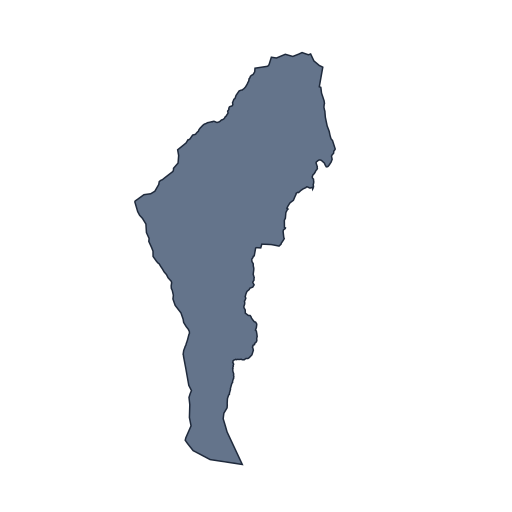 outline of San Jerónimo Tecóatl, Oaxaca, Mexico, rotated 312°
{"feature_id": "50627088B30951925299861", "entity_name": "San Jerónimo Tecóatl", "entity_type": "district", "adm_level": 2, "iso_a3": "MEX", "parent_name": "Mexico", "parent_adm1": "Oaxaca", "projection": "orthographic", "projection_center": [-96.928, 18.146], "detail": "fine", "context": "isolated", "style": "filled", "palette": "slate", "viewbox_px": 512, "rotation_deg": 312, "n_neighbors": 0, "source": "geoboundaries", "source_scale": "gbopen_adm2", "svg_char_len": 5598}
<svg xmlns="http://www.w3.org/2000/svg" viewBox="0 0 512 512"><g transform="rotate(312 256 256)"><path d="M394.9,129.6L392.0,131.8L388.9,132.4L387.4,131.8L385.8,131.6L384.1,132.3L383.2,132.2L381.0,133.6L379.7,133.8L378.1,134.4L374.5,135.1L372.2,135.1L371.6,134.9L370.1,134.7L369.5,134.1L367.4,133.0L362.0,133.7L359.0,135.0L357.7,134.7L354.8,135.8L354.3,135.9L353.1,137.4L352.9,137.5L352.2,137.7L351.4,137.7L351.0,137.6L350.7,137.3L350.1,136.9L349.4,136.6L349.0,136.5L348.6,136.6L348.0,136.8L347.6,137.0L347.3,137.2L347.0,137.6L346.6,137.8L346.0,137.9L345.3,137.9L344.7,138.0L344.3,138.4L344.0,139.0L343.6,139.4L343.2,139.7L342.3,139.8L341.7,139.9L341.1,139.9L340.3,140.2L339.4,140.1L338.9,140.0L338.3,140.1L337.7,140.3L336.9,140.4L335.9,140.3L335.2,140.0L334.5,139.7L334.2,139.4L333.7,139.3L333.2,139.2L332.4,139.2L331.5,139.0L330.9,138.8L330.2,138.4L329.5,138.0L329.2,137.7L328.9,137.3L328.7,136.7L328.5,136.0L328.3,135.4L328.0,134.6L327.5,134.2L327.3,134.0L327.2,133.9L326.7,133.9L326.2,133.5L326.0,133.1L325.6,132.9L324.7,132.3L323.2,131.2L322.7,130.8L322.2,130.6L321.5,130.4L320.7,130.1L319.9,129.6L319.2,129.3L318.6,129.2L317.3,129.0L315.6,129.0L314.1,128.9L312.6,129.0L311.3,129.2L310.3,129.6L310.0,129.8L309.1,129.5L308.5,129.5L307.0,129.5L306.7,129.6L305.9,129.6L303.5,128.0L298.7,128.6L296.9,128.0L296.8,127.7L293.2,128.4L282.5,126.7L278.9,131.3L272.9,135.9L266.0,136.0L264.9,137.0L263.3,137.7L253.4,135.9L250.2,135.4L248.4,134.6L246.6,134.3L244.0,135.9L236.4,137.5L231.8,136.1L226.6,131.7L216.0,129.4L215.1,129.8L209.8,138.4L208.4,142.2L208.0,146.4L206.1,152.8L200.1,158.9L197.5,164.8L195.1,166.6L192.4,172.8L190.7,176.2L186.8,179.8L185.5,185.5L185.2,187.8L185.4,189.3L184.5,192.1L183.8,195.0L182.7,198.4L182.3,201.9L181.0,205.2L180.5,210.0L179.7,211.2L177.1,212.9L175.3,214.7L174.4,216.8L171.5,220.9L168.5,223.0L165.2,229.0L163.5,238.3L160.3,244.1L158.2,246.7L156.8,251.4L156.3,254.5L155.3,257.0L154.0,258.3L152.7,258.7L147.9,261.2L145.7,262.2L144.6,262.6L144.0,262.9L143.5,263.2L142.9,263.5L142.6,263.6L141.2,263.9L141.0,264.1L140.5,264.3L137.4,265.5L135.9,266.5L134.1,267.7L133.9,268.2L132.6,269.7L125.6,278.9L114.9,292.6L112.8,298.1L109.9,299.1L106.1,300.8L101.2,306.3L91.4,314.6L86.3,321.4L73.9,325.5L71.7,326.7L70.8,330.7L69.3,339.5L74.0,358.1L79.6,366.6L91.9,385.3L105.9,352.2L109.1,347.1L111.4,343.3L113.1,340.5L116.8,337.9L117.7,337.3L122.3,336.4L123.8,336.1L125.9,334.5L127.2,333.2L128.2,332.4L130.9,330.2L131.8,329.8L134.3,328.7L135.4,328.8L136.3,328.0L138.8,326.8L139.8,326.3L140.3,325.7L144.7,323.5L145.1,323.3L146.4,323.2L147.1,322.5L149.3,321.4L149.9,321.4L150.1,321.2L151.8,320.0L152.2,319.2L153.4,318.4L155.0,315.7L156.0,314.9L156.5,314.1L157.1,314.1L157.6,313.3L158.9,312.9L159.3,312.2L159.9,312.1L160.5,311.9L161.1,311.0L161.1,310.1L161.6,310.0L162.5,309.1L163.1,309.2L164.2,309.3L164.9,309.8L165.7,310.1L165.9,310.9L166.7,311.3L167.6,312.4L168.2,313.1L169.4,314.1L169.5,314.6L169.7,315.2L171.0,316.7L171.7,316.8L173.1,317.1L174.4,318.6L176.0,319.0L179.8,319.1L184.2,317.1L185.4,315.4L185.9,314.3L186.5,314.3L187.5,313.5L189.2,314.2L189.6,313.7L190.5,313.5L191.4,313.7L192.3,313.7L193.6,313.3L193.8,313.1L195.4,311.5L196.9,310.8L198.3,309.2L198.8,308.6L200.5,306.4L200.5,305.2L203.0,304.2L204.3,303.3L205.5,302.5L206.1,301.7L206.6,299.9L206.0,298.8L206.2,297.3L206.5,295.7L206.9,294.0L207.5,293.0L207.8,291.7L207.8,291.4L206.7,290.1L206.4,286.2L206.8,285.9L208.7,284.1L209.5,281.7L210.3,280.8L212.8,279.7L214.0,278.6L214.7,277.6L215.9,277.4L217.8,276.7L218.6,275.1L219.4,274.8L219.8,274.5L221.3,273.8L222.9,273.2L223.9,273.0L225.9,273.3L226.4,273.4L228.0,273.0L230.7,274.4L233.3,273.9L233.5,273.2L234.3,271.1L236.9,270.6L237.5,269.8L238.3,269.4L238.7,269.2L239.0,268.7L240.5,266.2L241.6,265.4L243.8,263.9L244.2,263.6L245.5,262.5L246.8,260.6L247.7,259.8L248.4,259.1L249.2,256.6L250.8,255.0L251.3,254.9L252.7,254.8L254.0,254.2L254.9,254.6L258.3,252.5L261.7,250.4L262.7,250.9L263.4,251.9L265.2,254.1L268.7,252.4L270.2,254.2L271.3,255.5L274.8,259.8L276.2,262.1L278.8,266.5L281.6,266.7L282.5,266.2L284.3,266.0L287.8,265.4L288.3,264.4L288.5,264.1L290.8,261.5L292.4,259.7L293.9,258.9L296.0,259.4L296.6,259.1L296.2,258.1L300.4,254.2L301.0,253.6L301.7,253.1L303.7,252.6L305.0,251.6L308.3,249.1L308.7,249.0L311.3,248.3L312.3,248.4L312.1,247.0L314.6,246.3L317.5,245.8L318.2,245.7L322.4,246.5L322.8,246.4L326.2,245.2L328.2,244.6L328.8,244.4L329.4,243.9L331.2,244.4L331.6,245.2L334.9,245.5L335.6,245.7L337.4,246.1L339.5,247.0L340.0,247.3L341.2,247.3L341.6,247.6L342.6,250.7L344.7,251.9L343.6,253.3L344.7,253.0L345.4,252.5L345.9,252.5L347.4,250.7L348.0,250.4L349.1,249.9L349.4,249.4L350.1,249.0L350.3,248.6L350.8,248.1L351.6,247.3L351.7,245.8L352.5,244.8L354.5,244.0L356.5,244.2L357.3,243.8L357.8,243.9L359.0,243.5L359.8,243.3L360.6,243.4L361.3,243.3L362.2,243.0L362.5,242.4L363.5,241.7L363.8,241.0L365.2,238.6L365.7,238.1L366.5,237.9L367.6,238.2L368.0,238.1L369.7,238.7L370.4,239.6L370.8,240.6L370.8,244.7L370.0,246.3L369.3,248.5L369.7,249.1L370.8,249.6L372.9,249.5L374.5,249.2L376.0,249.0L378.8,247.9L380.7,245.3L382.0,244.9L384.3,244.9L386.0,243.6L387.2,243.6L388.5,243.3L393.0,235.6L393.3,233.3L395.3,230.1L397.6,227.0L400.3,221.8L405.5,214.7L409.0,211.0L409.5,210.5L409.8,210.2L410.0,209.7L412.0,206.9L414.5,205.1L415.1,204.9L417.0,202.6L417.3,202.0L418.7,199.6L420.9,195.7L424.3,191.8L424.7,191.3L424.1,189.8L436.8,181.9L441.0,179.3L440.7,178.1L439.9,175.4L439.9,174.1L439.7,168.5L442.7,161.4L440.6,160.3L438.0,154.1L434.7,152.7L428.9,149.8L425.5,142.8L416.8,138.7L414.0,134.4L406.8,137.7L404.8,137.7L394.9,129.6Z" fill="#64748b" stroke="#1e293b" stroke-width="1.5"/></g></svg>